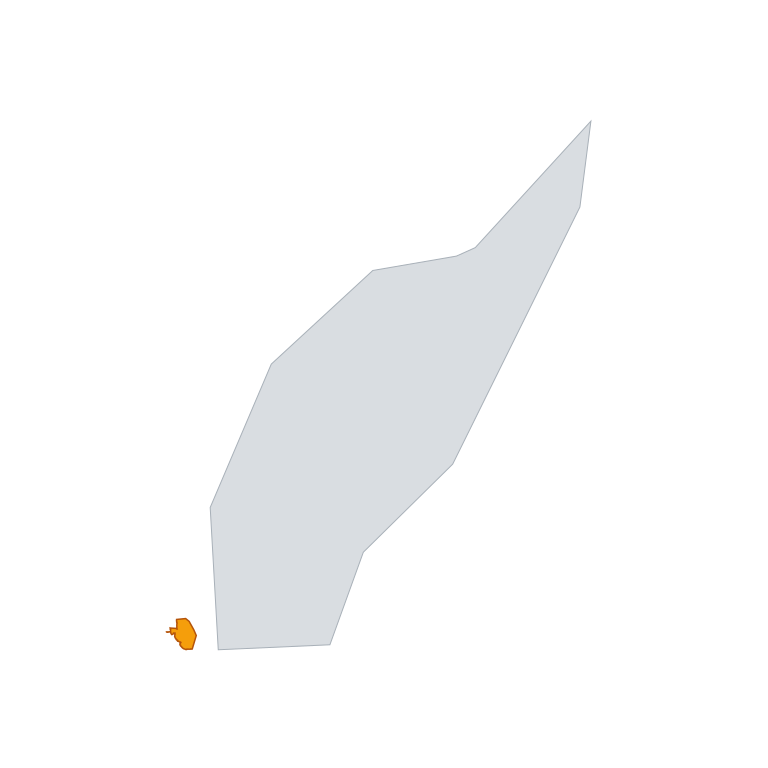 Ngetkib, Palau shown in context, rotated 17°
{"feature_id": "81905179B7485238607741", "entity_name": "Ngetkib", "entity_type": "district", "adm_level": 2, "iso_a3": "PLW", "parent_name": "Palau", "parent_adm1": "", "projection": "orthographic", "projection_center": [134.51, 7.364], "detail": "fine", "context": "in_parent", "style": "filled", "palette": "amber", "viewbox_px": 768, "rotation_deg": 17, "n_neighbors": 0, "source": "geoboundaries", "source_scale": "gbopen_adm2", "svg_char_len": 2367}
<svg xmlns="http://www.w3.org/2000/svg" viewBox="0 0 768 768"><g transform="rotate(17 384 384)"><path d="M408.5,649.2L303.2,686.6L253.9,552.9L270.4,397.9L340.1,278.7L415.9,240.5L431.4,226.9L505.0,72.1L519.6,157.5L473.1,440.6L413.4,550.9L408.5,649.2Z" fill="#d9dde1" stroke="#a8b0b8" stroke-width="1"/><path d="M254.5,669.8L254.6,670.3L254.7,670.8L254.9,671.1L255.0,671.3L255.0,671.6L255.4,672.0L255.4,672.5L255.6,672.8L255.8,673.2L256.1,673.2L256.1,673.3L256.1,673.6L256.1,674.0L256.2,674.5L256.3,675.0L256.4,675.3L256.5,675.7L256.7,676.1L256.8,676.5L256.9,676.8L257.0,677.4L257.2,677.7L257.3,678.0L257.5,678.4L257.8,678.8L257.6,678.9L256.7,678.5L251.2,679.8L250.8,679.8L251.3,681.1L251.7,681.1L251.9,682.0L252.0,682.3L252.1,682.7L252.1,683.0L252.1,683.3L250.3,684.1L249.7,684.4L249.1,684.6L248.5,684.1L248.6,684.3L248.4,684.6L248.6,684.8L248.8,684.8L249.1,685.0L249.0,684.9L250.4,684.3L252.0,683.5L252.3,683.5L252.6,683.6L252.6,683.9L252.9,684.3L253.2,684.9L253.9,685.4L254.2,685.7L255.2,685.2L255.6,684.1L255.5,683.8L255.8,683.6L256.0,683.7L256.6,683.4L256.9,683.3L257.0,683.3L257.0,683.5L257.1,683.8L257.2,684.1L257.3,684.3L257.4,684.6L257.2,684.8L257.3,685.0L257.4,685.3L257.5,685.9L257.6,686.6L257.7,686.8L257.9,686.9L258.0,686.9L258.2,687.2L258.2,687.4L258.4,687.6L258.6,687.9L258.8,687.9L259.1,688.1L259.3,688.2L259.7,688.5L259.8,689.0L260.1,689.2L260.5,689.4L260.8,689.5L261.0,689.5L261.1,689.3L261.4,689.4L261.4,689.7L261.5,689.9L261.6,690.1L261.9,690.3L262.1,690.3L262.4,690.2L262.6,690.1L262.9,690.2L263.2,690.3L263.4,690.3L263.6,690.4L263.8,690.5L264.1,690.5L264.3,690.5L264.7,690.6L264.9,690.6L265.0,690.6L265.1,690.4L265.3,690.6L265.2,690.7L265.2,690.8L265.0,691.1L265.0,691.3L265.1,691.5L264.9,691.7L264.8,691.8L264.9,692.2L264.9,692.6L265.2,693.0L265.4,693.3L265.7,693.3L265.7,693.6L265.9,693.7L265.9,693.8L266.1,694.0L266.3,694.0L266.8,694.3L267.3,694.6L267.8,695.0L268.0,694.9L268.3,695.1L268.7,695.4L269.1,695.6L269.3,695.6L269.6,695.7L270.0,695.8L270.3,695.8L270.6,695.8L270.8,695.7L271.5,695.8L272.0,695.9L272.4,695.8L272.9,695.6L273.0,695.1L273.6,695.0L273.9,695.0L274.1,694.9L274.6,694.7L274.8,694.7L275.1,694.6L275.5,694.5L276.4,694.2L276.5,694.0L276.7,693.8L277.1,693.9L277.7,693.7L278.1,693.5L278.0,679.4L273.9,674.6L270.8,671.6L268.6,669.5L267.1,668.0L262.9,666.3L254.5,669.8Z" fill="#f59e0b" stroke="#b45309" stroke-width="1.5"/></g></svg>